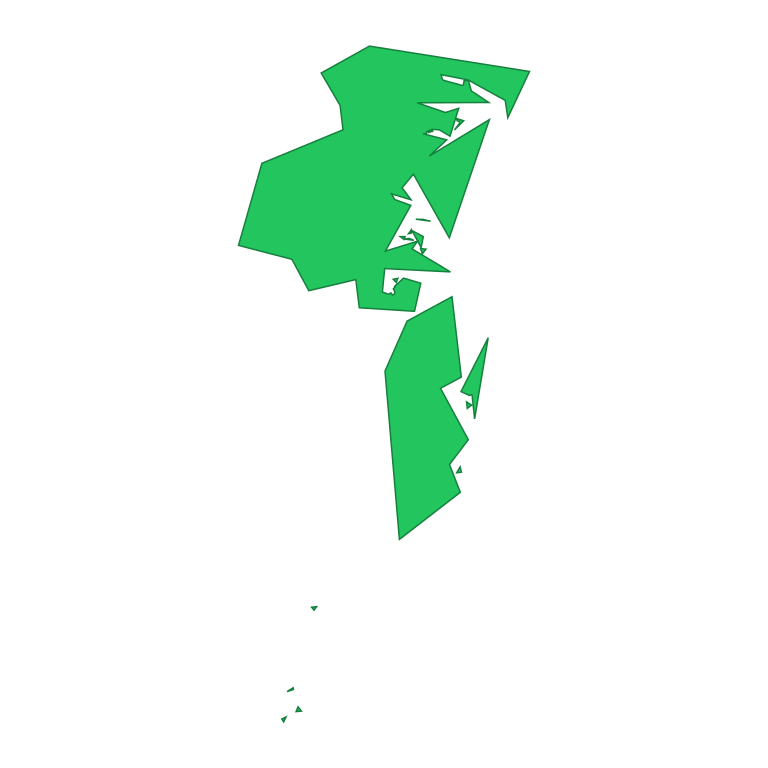 Kota Baru, Kalimantan Selatan, Indonesia (orthographic projection)
{"feature_id": "22746128B85816588264471", "entity_name": "Kota Baru", "entity_type": "district", "adm_level": 2, "iso_a3": "IDN", "parent_name": "Indonesia", "parent_adm1": "Kalimantan Selatan", "projection": "orthographic", "projection_center": [116.169, -3.525], "detail": "medium", "context": "isolated", "style": "filled", "palette": "green", "viewbox_px": 768, "rotation_deg": 0, "n_neighbors": 0, "source": "geoboundaries", "source_scale": "gbopen_adm2", "svg_char_len": 1900}
<svg xmlns="http://www.w3.org/2000/svg" viewBox="0 0 768 768"><path d="M321.2,73.0L340.1,105.5L343.0,129.8L261.9,163.3L238.5,245.4L291.9,259.3L308.8,290.7L355.8,279.6L359.3,307.8L414.5,311.3L420.8,283.2L403.6,278.1L394.2,286.7L395.2,286.4L395.3,286.9L393.3,288.8L394.8,291.9L394.5,293.9L393.5,294.7L392.4,294.9L390.9,292.9L388.5,294.3L382.4,292.0L384.7,268.6L450.4,271.9L412.1,248.9L417.5,241.2L385.4,251.1L410.8,205.4L394.7,199.5L391.6,193.9L411.0,199.8L402.1,187.7L413.4,174.2L449.3,237.8L489.4,119.6L429.3,156.1L446.7,139.9L423.0,133.7L426.4,134.1L426.4,132.2L429.1,130.4L430.7,130.4L431.8,131.2L431.9,129.4L439.2,129.8L450.0,136.2L458.7,108.3L445.4,112.5L417.2,102.8L488.8,102.5L471.3,90.9L468.4,80.3L464.1,80.7L463.3,85.1L462.0,85.4L443.5,80.3L442.4,79.4L441.1,74.7L468.0,79.9L505.2,100.4L507.8,117.7L529.5,71.5L369.4,46.1L321.2,73.0ZM385.0,371.1L399.4,539.4L460.3,492.3L449.5,464.5L468.3,439.7L440.5,388.3L461.3,377.1L452.0,296.7L407.1,321.1L385.0,371.1ZM488.2,337.8L461.0,391.6L469.5,395.5L471.4,394.7L472.1,395.2L474.6,418.9L488.2,337.8ZM423.0,219.4L415.8,219.2L430.6,221.2L423.0,219.4ZM463.7,120.8L456.5,118.5L457.2,120.9L459.0,121.2L459.7,123.2L454.4,129.9L463.7,120.8ZM423.3,236.6L412.0,230.6L421.1,247.5L423.3,236.6ZM301.4,711.1L298.0,706.9L296.1,711.6L301.4,711.1ZM409.1,238.4L404.8,239.1L413.8,240.3L409.1,238.4ZM461.4,472.2L460.1,466.9L456.7,472.8L461.4,472.2ZM426.0,249.2L420.5,248.5L422.4,253.7L426.0,249.2ZM467.3,408.4L471.6,405.1L466.5,401.9L467.3,408.4ZM287.1,691.6L293.4,689.5L293.1,687.8L287.1,691.6ZM397.9,278.3L393.2,279.3L396.2,282.4L397.9,278.3ZM316.6,606.7L311.6,607.2L314.0,610.2L316.6,606.7ZM281.8,719.0L283.7,721.9L286.0,717.0L281.8,719.0ZM432.7,131.1L432.0,129.6L431.9,131.3L429.1,130.6L428.6,132.5L432.7,131.1ZM408.5,233.7L411.3,233.1L411.3,229.9L408.5,233.7ZM405.1,236.6L400.2,236.6L404.1,239.5L405.1,236.6Z" fill="#22c55e" stroke="#15803d" stroke-width="1.5"/></svg>